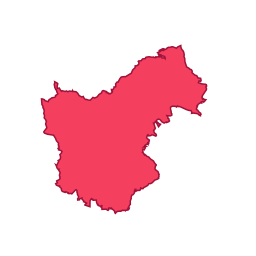 outline of Chiuiesti, Cluj, Romania, rotated 334°
{"feature_id": "2599482B81341835248547", "entity_name": "Chiuiesti", "entity_type": "district", "adm_level": 2, "iso_a3": "ROU", "parent_name": "Romania", "parent_adm1": "Cluj", "projection": "albers", "projection_center": [23.916, 47.321], "detail": "fine", "context": "isolated", "style": "filled", "palette": "rose", "viewbox_px": 256, "rotation_deg": 334, "n_neighbors": 0, "source": "geoboundaries", "source_scale": "gbopen_adm2", "svg_char_len": 5812}
<svg xmlns="http://www.w3.org/2000/svg" viewBox="0 0 256 256"><g transform="rotate(334 128 128)"><path d="M135.8,180.3L134.6,177.9L134.3,176.5L136.0,174.2L136.8,174.1L137.2,173.5L136.6,171.3L136.4,168.7L134.6,165.6L134.0,163.3L132.5,161.6L132.0,159.9L131.4,159.8L131.5,159.6L131.0,159.0L131.3,158.7L130.8,158.1L130.8,156.8L130.5,156.3L130.9,156.3L131.8,153.6L132.7,154.0L133.1,154.7L135.0,153.3L135.6,152.1L136.1,152.3L135.8,151.8L134.6,152.3L133.9,152.0L135.2,151.7L135.6,150.5L135.7,151.2L137.2,150.8L138.9,151.4L140.3,151.0L139.2,150.8L139.0,151.1L139.0,150.6L138.7,150.5L139.4,149.8L140.6,149.9L141.9,148.2L140.6,145.8L140.6,144.7L142.1,143.1L143.0,142.8L143.1,143.1L142.8,143.9L143.0,144.1L145.0,144.8L146.3,144.6L147.0,144.9L149.5,147.5L150.4,146.9L150.4,145.4L149.7,144.3L149.7,142.5L150.1,141.2L151.1,141.2L152.6,140.1L152.4,139.7L152.9,137.6L153.1,134.8L153.9,135.1L154.8,134.8L155.5,134.1L155.8,134.6L156.0,140.3L158.9,138.9L157.6,137.5L157.3,136.2L156.8,135.6L156.7,134.2L157.3,133.6L158.2,133.2L159.6,133.5L160.6,134.8L161.1,137.2L162.6,139.4L164.9,139.4L165.0,140.0L167.5,140.2L168.4,139.8L168.3,139.0L168.8,137.7L168.1,136.8L168.6,135.8L168.4,133.9L171.1,135.6L172.8,135.8L173.6,134.6L173.4,133.7L174.1,131.8L174.5,129.6L175.0,128.5L175.4,128.0L177.3,127.8L180.1,129.3L180.8,130.4L182.0,129.8L182.4,130.1L182.4,130.7L184.1,131.6L188.8,137.3L190.7,139.1L192.3,140.0L192.2,141.8L191.6,142.7L193.4,143.3L196.6,145.5L197.1,146.1L197.6,147.6L198.5,148.7L199.0,147.8L199.5,147.8L199.8,146.7L198.8,144.7L198.4,142.4L197.8,141.6L197.8,140.8L199.6,139.2L199.4,139.0L199.8,138.2L200.3,138.4L201.3,137.5L203.9,137.1L205.1,137.8L205.2,136.7L205.8,136.6L206.3,137.1L207.0,136.9L207.2,137.7L207.6,137.5L208.1,137.8L210.4,136.7L208.0,135.0L208.5,134.7L208.1,134.3L208.1,133.8L207.7,133.5L208.0,132.8L209.2,131.5L215.2,128.0L215.8,127.1L216.1,124.9L215.8,124.5L216.4,124.9L217.1,124.8L217.4,123.4L216.9,122.7L213.5,120.6L211.1,118.1L212.6,116.8L213.7,118.0L214.7,117.1L214.8,115.7L215.1,115.2L212.9,113.7L212.7,111.0L211.3,109.8L209.8,106.3L210.7,105.0L210.5,103.3L209.2,102.0L209.1,101.2L207.5,98.8L208.2,93.4L209.5,90.3L209.6,88.4L210.6,86.9L211.3,84.4L211.3,82.6L210.9,81.4L210.8,80.4L211.0,78.3L211.6,77.0L208.4,76.9L206.5,77.5L204.2,75.0L203.1,74.2L201.0,73.9L199.7,73.2L198.3,73.2L197.4,73.7L196.3,73.8L194.2,72.0L192.3,72.0L194.7,73.4L194.5,73.9L193.7,73.9L193.2,73.3L190.6,72.4L190.0,72.4L190.4,73.3L190.0,73.3L190.1,73.7L189.8,73.3L187.6,73.2L188.2,75.1L187.5,75.4L187.6,75.8L189.6,76.6L189.6,77.7L189.9,77.3L190.0,77.6L189.7,78.4L190.8,78.4L192.3,79.8L191.7,80.4L192.2,81.2L191.8,81.9L191.5,80.9L189.3,80.0L189.5,78.5L188.5,78.2L188.0,76.9L187.6,77.9L187.0,77.5L187.0,77.2L186.0,77.2L184.0,76.2L183.9,76.4L184.2,76.8L183.9,77.0L182.4,76.1L182.1,75.4L180.7,75.0L178.2,73.2L175.3,72.3L174.8,72.4L174.1,73.2L171.3,72.3L169.4,73.3L166.8,72.4L166.4,72.6L166.4,74.4L165.4,75.5L163.2,75.9L161.7,75.3L160.8,76.9L157.6,77.9L155.0,80.2L148.0,80.8L147.1,80.1L144.3,79.2L142.3,80.1L139.2,82.4L138.4,81.9L136.2,82.9L135.4,84.9L134.8,85.6L133.4,85.0L133.2,85.6L131.4,86.9L130.0,86.1L129.5,87.6L129.6,88.1L129.9,87.8L129.9,88.6L129.1,89.1L126.9,89.4L125.9,88.2L125.7,88.6L125.1,87.9L124.6,86.5L124.3,86.8L124.0,86.6L124.7,85.9L122.2,83.5L121.1,83.5L119.5,84.8L116.5,85.2L114.0,86.5L111.1,86.4L109.9,85.1L106.3,86.5L104.7,85.6L103.3,84.1L102.3,83.8L101.6,82.0L101.6,80.0L100.0,79.9L98.3,77.4L98.0,74.5L97.2,72.6L94.7,71.1L94.6,70.2L94.2,70.8L91.4,69.0L89.9,69.1L88.9,67.7L87.5,67.6L85.1,65.6L84.4,65.9L84.0,64.9L83.7,61.9L81.8,61.5L82.8,59.2L84.3,57.5L83.9,56.3L82.4,54.3L82.2,55.0L80.8,56.5L80.0,59.5L79.9,61.7L80.2,62.7L79.8,65.1L80.0,66.2L79.7,66.7L77.2,67.0L77.3,67.3L76.8,67.8L75.7,68.3L72.9,67.5L69.3,68.0L67.8,69.3L65.4,67.1L65.3,66.0L63.9,64.4L63.0,63.9L60.9,69.3L61.1,70.9L60.4,72.7L60.7,73.6L60.2,75.7L59.8,76.7L58.7,77.8L58.4,80.3L57.1,82.2L57.7,84.6L57.4,85.6L57.6,86.2L55.7,88.3L55.3,91.6L55.0,92.3L50.8,94.4L50.5,94.9L50.7,96.0L52.9,98.3L57.9,101.8L58.3,105.3L58.1,108.1L58.9,111.3L58.0,112.5L58.1,113.1L57.6,113.7L57.9,114.2L57.2,115.6L56.4,115.6L56.6,116.3L56.2,116.3L56.4,117.0L56.1,117.3L57.7,118.7L58.4,120.1L56.8,121.5L55.1,122.0L54.7,124.5L53.4,126.3L50.9,126.7L51.2,127.5L47.6,130.3L47.0,129.4L47.0,130.8L46.7,132.8L47.1,134.7L47.7,134.9L47.2,135.2L47.5,138.3L45.7,140.3L45.4,141.2L45.5,142.1L45.0,142.7L44.7,143.7L43.0,144.3L40.9,144.2L40.6,144.3L40.5,146.3L38.6,146.3L38.6,148.0L40.1,149.7L40.8,150.0L40.5,150.2L41.6,153.1L41.0,154.3L41.1,156.1L43.3,158.4L43.9,158.4L43.9,158.1L44.6,158.4L45.0,158.9L45.2,159.9L45.9,160.1L45.7,160.6L46.1,161.1L48.0,161.8L48.6,162.6L53.9,160.6L54.6,161.0L54.6,162.2L54.0,163.1L53.9,164.3L53.4,165.7L53.5,168.0L52.5,169.2L51.6,169.6L51.2,170.7L52.9,171.3L53.4,170.5L55.9,170.8L55.4,171.5L56.3,174.4L55.8,174.8L57.9,177.2L58.4,176.9L57.7,177.6L55.9,177.9L55.5,178.4L59.3,182.1L62.0,176.7L63.6,175.8L63.5,176.1L65.1,176.4L64.9,177.6L67.9,178.9L67.1,181.1L67.0,183.5L67.6,183.6L67.3,184.6L69.1,186.5L71.0,186.1L69.1,187.5L69.5,188.4L68.9,189.7L73.0,191.5L73.4,192.7L74.0,193.3L75.2,192.8L75.2,191.8L75.8,191.5L77.0,192.3L77.0,193.0L77.3,193.4L77.5,193.4L77.5,192.8L78.0,192.7L78.4,194.2L79.1,195.6L79.5,197.4L79.0,198.3L79.3,199.2L80.7,198.5L82.3,198.4L85.2,199.7L86.7,199.4L87.1,199.9L88.8,200.4L89.4,201.3L89.8,201.0L92.2,201.7L92.6,201.3L93.4,201.3L93.9,200.7L92.4,200.5L95.7,198.0L96.6,197.7L98.1,194.5L100.0,192.8L100.4,191.7L101.2,190.8L102.3,189.9L103.0,190.2L104.6,189.6L105.7,188.6L106.1,187.4L106.7,187.3L107.4,186.2L108.2,186.6L107.3,188.3L109.2,188.3L111.2,189.2L112.4,188.7L113.1,187.5L114.1,188.7L114.9,189.1L115.8,188.5L120.5,188.3L122.2,187.2L124.0,187.9L125.8,187.8L129.1,186.6L132.4,186.9L133.7,186.5L133.6,185.8L134.5,185.3L135.1,183.8L135.5,183.6L135.3,183.2L135.6,182.8L135.8,180.3Z" fill="#f43f5e" stroke="#9f1239" stroke-width="1.5"/></g></svg>